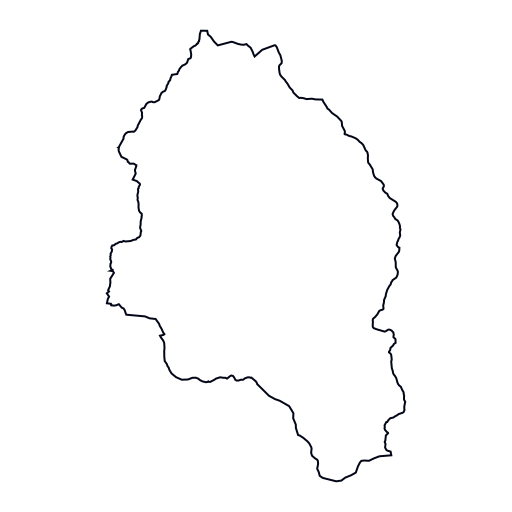 Petrila, Hunedoara, Romania
{"feature_id": "2599482B59841529330805", "entity_name": "Petrila", "entity_type": "district", "adm_level": 2, "iso_a3": "ROU", "parent_name": "Romania", "parent_adm1": "Hunedoara", "projection": "albers", "projection_center": [23.488, 45.463], "detail": "fine", "context": "isolated", "style": "outline", "palette": "ink", "viewbox_px": 512, "rotation_deg": 0, "n_neighbors": 0, "source": "geoboundaries", "source_scale": "gbopen_adm2", "svg_char_len": 6040}
<svg xmlns="http://www.w3.org/2000/svg" viewBox="0 0 512 512"><path d="M391.3,455.3L390.6,451.6L387.4,450.6L386.4,450.0L385.1,447.6L385.5,443.9L384.7,441.9L385.3,440.6L385.9,435.4L388.1,433.2L388.0,432.8L386.7,431.8L385.1,430.0L384.5,428.3L384.8,427.1L384.6,425.2L386.3,422.1L387.2,422.0L388.3,420.2L390.3,418.2L393.2,417.6L395.6,416.0L396.9,415.4L398.6,414.1L402.5,412.8L403.6,412.1L404.1,411.1L404.5,409.8L404.3,409.0L404.3,406.4L405.2,401.7L404.1,399.8L404.0,399.0L404.0,396.9L404.2,395.9L403.7,394.0L403.6,392.3L402.2,389.9L400.8,386.7L399.5,385.8L398.3,384.4L397.4,382.4L396.3,378.3L395.1,376.1L393.7,374.4L393.1,373.1L392.7,370.8L391.8,368.1L391.7,366.9L391.2,361.4L391.6,360.3L391.7,359.2L391.2,355.0L390.6,353.7L389.0,352.4L389.0,351.7L390.1,350.2L390.5,347.9L393.0,345.6L393.8,344.1L395.6,342.8L395.5,339.5L395.3,338.9L393.5,337.3L393.5,336.0L393.8,334.8L393.3,332.4L391.6,330.6L389.9,329.7L388.1,329.7L385.6,331.3L384.6,331.6L376.4,329.2L373.7,328.1L372.9,327.1L372.7,326.2L372.9,321.5L372.7,320.1L373.1,318.7L375.2,316.9L377.4,314.3L379.2,311.0L380.1,310.4L382.7,309.6L383.5,308.8L383.2,305.4L383.9,302.7L384.1,299.8L385.7,296.2L385.9,294.2L387.2,290.0L389.2,286.2L390.6,284.5L391.2,282.3L392.2,281.1L392.5,280.2L396.1,277.7L396.9,276.4L397.6,274.5L397.9,271.8L397.5,270.6L395.8,267.4L395.7,262.1L394.8,258.6L395.7,255.9L398.8,252.0L399.3,250.3L399.4,247.7L398.2,247.2L396.7,245.2L396.6,244.6L397.0,243.4L397.2,242.2L398.1,240.5L398.7,238.6L399.5,237.5L400.2,235.4L399.8,232.4L400.5,229.4L399.9,228.2L400.0,226.3L399.5,224.3L398.5,221.9L397.6,220.5L395.3,219.0L394.4,217.4L393.3,216.1L392.6,214.2L393.0,212.9L394.2,210.5L397.3,206.5L397.4,205.0L397.1,203.4L395.9,201.9L389.7,198.0L388.1,195.9L387.3,193.8L385.3,192.6L383.4,190.6L382.7,188.8L382.8,188.2L383.8,186.5L383.9,185.6L383.6,184.5L381.1,181.1L376.5,178.6L375.4,177.7L374.1,175.9L373.0,172.2L372.7,169.4L369.7,164.4L368.5,163.1L368.1,162.2L367.8,158.2L368.0,155.4L367.4,152.4L367.0,151.7L365.7,150.4L363.3,145.1L361.7,143.3L359.5,141.7L357.8,139.8L355.7,138.3L351.5,136.5L349.0,135.9L346.8,134.7L344.7,134.2L344.6,133.7L344.9,132.1L344.8,131.0L342.1,125.9L341.8,122.2L341.4,121.1L337.2,116.6L332.0,113.0L329.1,109.7L327.4,108.5L326.8,107.1L323.3,101.7L322.4,99.6L315.4,99.4L311.9,98.7L306.6,99.1L303.6,98.2L300.6,97.8L299.2,98.0L296.9,96.1L293.4,92.6L292.5,90.4L289.7,87.5L287.3,83.4L285.9,81.7L285.0,80.1L281.4,76.5L280.0,74.5L279.5,72.4L279.0,68.5L279.1,66.1L279.5,65.3L281.6,63.2L281.8,60.9L280.4,55.4L278.7,52.3L276.8,47.2L275.5,45.4L274.4,45.3L262.2,49.8L254.6,56.5L253.6,54.4L252.5,51.4L250.6,47.7L247.8,45.5L246.5,44.1L243.6,44.8L241.1,44.6L237.9,43.9L232.8,42.0L231.3,41.8L217.8,45.4L214.0,41.5L210.7,36.8L208.0,34.5L207.2,30.8L201.0,30.7L199.9,33.8L199.4,39.5L199.0,40.3L199.1,41.2L198.3,41.9L198.1,43.1L197.4,43.8L196.8,43.8L196.6,44.4L195.5,45.5L193.8,46.2L190.3,48.9L190.2,49.6L190.5,50.3L191.2,54.3L191.1,56.4L190.7,57.9L190.2,58.4L188.3,59.0L187.1,62.5L186.7,63.1L185.3,64.3L182.3,65.7L180.8,67.3L179.5,69.0L178.9,70.7L178.0,71.8L177.3,74.0L171.9,74.8L171.5,76.2L170.5,78.3L170.1,80.2L168.5,81.9L168.4,83.0L166.6,86.1L166.7,86.8L165.7,89.7L164.8,91.0L162.7,91.9L161.4,93.1L159.8,96.4L159.4,98.9L158.8,100.1L154.7,102.2L153.0,102.2L151.9,101.6L151.1,101.6L148.1,102.5L146.3,104.0L144.3,107.8L142.1,108.6L141.5,109.1L141.0,110.2L142.0,112.5L142.0,114.1L141.8,115.1L142.2,116.2L142.0,118.1L140.9,119.6L137.7,125.7L137.5,127.1L135.3,130.6L133.7,131.8L132.6,131.6L128.0,132.0L126.0,133.2L124.9,134.4L124.0,136.0L123.6,137.0L123.5,138.7L119.1,146.6L118.9,147.6L118.4,147.7L118.8,148.1L118.6,150.0L118.9,151.5L121.4,156.8L126.7,159.4L127.4,160.1L127.8,161.8L128.3,162.0L129.8,163.7L133.8,163.7L136.4,165.3L136.1,166.2L136.2,166.5L135.0,169.8L135.0,170.8L135.7,173.6L132.7,179.6L136.8,181.1L139.8,183.7L140.0,184.6L138.7,187.0L138.7,188.1L138.0,189.0L138.2,191.7L137.5,194.5L137.4,196.0L137.8,197.8L137.5,199.9L138.3,201.8L138.6,204.2L138.5,207.4L139.0,210.6L139.9,212.2L141.7,213.7L141.8,215.8L141.5,216.5L141.7,217.2L140.7,221.3L140.6,224.7L140.1,227.3L140.2,228.2L141.3,231.0L140.8,232.1L140.5,235.1L140.1,236.0L139.0,237.3L137.9,237.6L136.7,238.4L136.2,239.3L135.8,239.5L133.4,239.9L130.7,241.0L125.3,241.5L123.6,240.9L121.8,242.0L120.6,241.8L119.1,242.2L117.1,243.4L115.6,243.9L114.0,245.3L112.3,245.5L111.5,246.8L111.3,248.4L111.9,249.0L112.1,249.6L111.7,251.8L110.6,253.6L110.7,255.5L110.2,256.4L110.5,257.8L110.2,259.0L111.2,261.6L111.1,262.7L110.5,263.7L110.3,266.7L110.8,267.6L111.0,268.6L111.5,269.3L113.4,270.2L112.4,270.1L110.7,270.8L112.9,271.1L113.9,272.9L110.2,278.8L110.4,282.9L110.0,285.0L110.0,286.1L108.1,290.2L109.0,291.5L106.8,293.3L109.1,296.6L107.8,299.0L106.9,303.3L110.9,303.8L111.0,304.8L111.4,304.8L111.5,305.4L114.2,305.6L116.2,305.3L118.8,304.2L121.7,307.6L123.6,308.5L124.8,310.4L125.6,313.1L126.3,314.7L145.1,316.4L149.5,318.3L155.6,319.0L159.2,324.0L159.6,325.6L161.5,328.7L163.3,332.7L164.4,334.1L163.5,334.9L160.0,335.7L161.0,337.6L163.2,340.5L164.2,343.0L164.5,347.7L164.2,351.3L164.3,356.7L164.7,361.0L166.9,364.2L167.6,366.3L168.5,367.3L169.6,370.3L171.6,373.5L176.1,377.2L181.7,379.7L187.9,379.5L192.4,377.8L195.8,377.7L198.5,378.8L199.7,379.9L202.2,381.3L205.8,382.2L207.0,382.1L208.1,381.5L208.2,381.8L210.2,381.9L214.3,379.8L216.0,378.6L220.1,377.3L223.5,377.8L225.5,377.8L227.0,378.6L230.4,375.9L231.5,375.5L233.2,376.1L234.4,377.9L235.3,379.8L236.5,380.5L238.7,380.5L241.0,379.7L242.7,379.8L243.5,379.5L244.6,378.5L247.4,377.4L249.3,377.3L250.8,377.8L251.4,377.6L255.9,381.4L257.0,383.3L257.1,384.0L269.0,395.8L275.0,399.1L279.6,400.7L289.2,406.2L293.4,413.2L293.2,418.3L295.8,424.6L295.9,428.0L298.1,435.1L299.7,435.5L303.5,438.0L307.7,441.6L309.4,443.6L311.3,447.3L311.6,448.8L311.3,450.8L311.2,453.2L312.1,455.8L315.1,458.4L317.2,459.7L317.9,461.0L318.1,463.9L317.2,468.8L318.8,472.2L319.7,475.8L322.7,477.9L336.2,481.3L341.3,480.6L345.3,477.6L351.0,475.3L355.8,472.6L357.9,466.5L360.0,462.4L361.3,460.9L364.2,460.5L368.9,460.8L374.1,458.3L379.4,456.3L391.3,455.3Z" fill="none" stroke="#020617" stroke-width="2"/></svg>